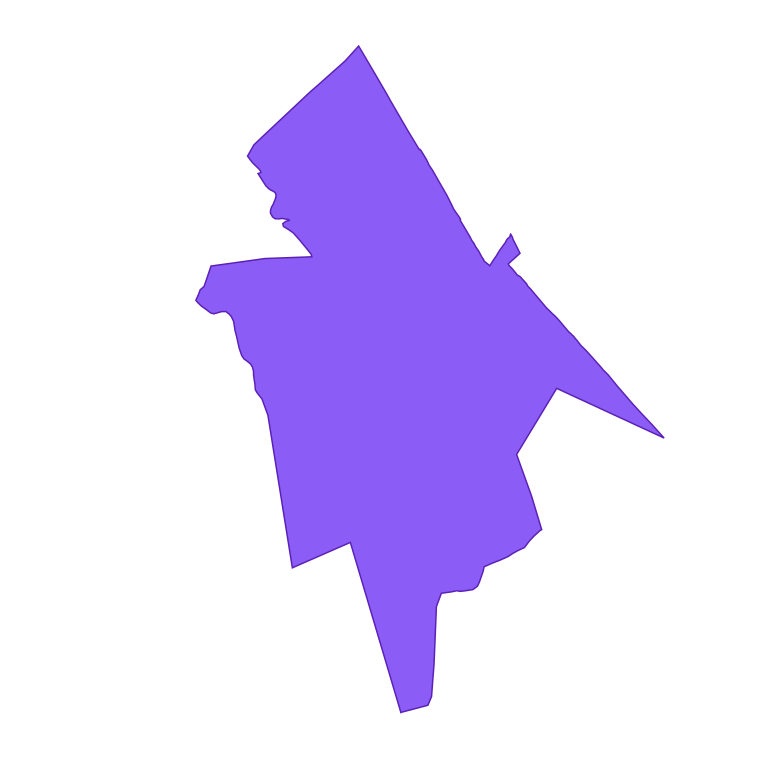 the district of San Pedro Apóstol, Oaxaca, Mexico, rotated 228°
{"feature_id": "50627088B6565378180513", "entity_name": "San Pedro Apóstol", "entity_type": "district", "adm_level": 2, "iso_a3": "MEX", "parent_name": "Mexico", "parent_adm1": "Oaxaca", "projection": "albers", "projection_center": [-96.731, 16.743], "detail": "fine", "context": "isolated", "style": "filled", "palette": "violet", "viewbox_px": 768, "rotation_deg": 228, "n_neighbors": 0, "source": "geoboundaries", "source_scale": "gbopen_adm2", "svg_char_len": 2667}
<svg xmlns="http://www.w3.org/2000/svg" viewBox="0 0 768 768"><g transform="rotate(228 384 384)"><path d="M452.8,549.8L454.1,550.1L454.8,550.3L455.1,551.0L457.6,551.6L461.2,552.0L467.3,552.8L472.6,554.4L481.4,556.8L487.3,558.1L495.3,559.8L499.9,560.8L504.9,561.9L511.0,563.2L515.9,563.8L522.1,565.7L532.6,567.7L534.4,567.7L534.6,567.1L556.6,571.3L590.4,578.4L597.7,580.1L622.7,585.3L652.1,591.3L650.1,571.1L650.3,535.0L650.5,525.2L649.1,458.6L648.8,447.5L644.7,435.1L640.1,434.6L636.2,434.4L634.3,434.5L632.5,434.6L628.0,434.9L626.3,434.9L624.9,434.7L623.6,434.2L623.6,433.7L624.7,431.2L620.5,430.5L610.2,428.8L606.4,429.0L603.9,429.6L601.0,430.8L598.7,431.1L596.5,430.2L594.4,427.4L592.7,423.9L591.7,421.9L590.6,418.5L589.0,415.9L588.2,415.1L586.9,413.9L585.9,413.7L584.4,413.4L582.8,413.0L579.6,413.7L576.8,416.7L575.3,419.0L570.0,423.1L569.0,423.0L570.6,419.7L570.9,416.1L568.3,414.7L562.6,416.4L556.9,417.7L555.9,417.7L547.0,417.6L536.0,417.1L529.2,416.7L526.8,415.5L556.8,379.6L587.4,334.4L576.9,315.6L577.0,310.5L574.7,306.1L572.1,300.2L569.0,300.1L564.3,300.4L558.4,301.7L553.0,302.7L550.1,304.4L548.6,307.4L547.3,310.0L546.4,311.9L543.6,315.0L539.7,315.7L536.5,315.7L531.3,314.2L527.5,311.8L526.8,311.3L523.6,309.2L520.6,307.6L517.6,306.1L513.3,303.6L507.4,300.3L500.6,297.4L496.5,296.7L492.8,297.5L488.3,298.2L484.9,297.7L480.7,295.5L478.0,293.1L473.1,289.8L469.8,287.7L466.0,284.6L462.4,283.8L457.8,283.5L454.5,283.3L438.4,276.8L308.7,192.9L306.1,200.9L288.8,253.0L128.5,176.7L128.1,177.9L115.9,201.7L119.9,210.2L130.9,221.7L142.1,233.5L183.4,273.9L185.0,276.8L190.1,286.6L184.3,295.2L183.0,297.4L181.7,299.7L178.9,301.9L175.7,306.4L171.7,312.6L171.2,318.1L172.9,322.2L175.6,327.1L178.8,332.9L181.2,336.0L178.7,343.7L175.1,353.4L172.6,361.3L172.0,366.1L170.5,372.4L168.5,378.9L170.1,387.3L170.6,393.7L170.7,402.2L170.2,403.7L201.8,418.6L242.9,435.4L265.2,509.4L156.4,556.0L168.7,556.0L174.6,556.0L191.0,555.6L203.2,555.5L226.5,556.0L240.8,556.7L248.4,556.3L250.3,556.5L268.8,556.6L273.0,556.6L281.2,556.1L287.2,556.6L290.1,556.6L292.7,556.9L294.5,556.5L296.4,556.6L298.1,556.3L300.2,556.2L314.6,556.7L319.7,556.6L323.5,556.2L332.4,555.7L348.5,556.2L357.0,556.5L360.4,556.3L363.1,557.0L372.6,557.0L376.2,555.9L378.3,556.2L383.4,556.4L384.3,556.4L387.8,556.2L390.1,556.7L390.1,572.5L398.5,574.9L404.9,576.6L407.4,577.7L410.5,578.4L410.3,577.4L409.3,576.6L409.2,572.2L407.8,568.4L407.1,564.7L406.4,561.6L405.7,558.5L403.9,552.6L403.1,549.0L401.1,541.8L408.6,540.6L409.8,541.3L413.1,541.7L419.4,543.3L422.8,543.7L425.6,544.1L427.9,544.9L429.1,545.0L431.8,545.3L434.5,546.0L435.8,546.4L452.8,549.8Z" fill="#8b5cf6" stroke="#5b21b6" stroke-width="1.5"/></g></svg>